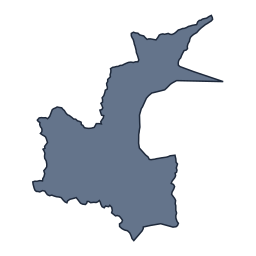 Barra Mansa, Rio de Janeiro, Brazil
{"feature_id": "56859067B22264554579489", "entity_name": "Barra Mansa", "entity_type": "district", "adm_level": 2, "iso_a3": "BRA", "parent_name": "Brazil", "parent_adm1": "Rio de Janeiro", "projection": "orthographic", "projection_center": [-44.185, -22.485], "detail": "fine", "context": "isolated", "style": "filled", "palette": "slate", "viewbox_px": 256, "rotation_deg": 0, "n_neighbors": 0, "source": "geoboundaries", "source_scale": "gbopen_adm2", "svg_char_len": 3976}
<svg xmlns="http://www.w3.org/2000/svg" viewBox="0 0 256 256"><path d="M211.3,15.4L208.9,16.6L206.5,18.2L204.8,18.5L202.4,19.1L200.9,20.2L199.3,20.4L197.7,21.9L196.6,24.6L194.7,24.9L192.1,25.4L190.2,26.0L188.5,26.4L186.4,27.6L184.3,28.4L182.6,28.5L180.4,29.4L178.3,30.0L176.3,31.9L174.3,33.5L172.0,34.5L170.0,34.3L168.2,33.4L166.3,33.9L164.6,34.3L162.9,33.9L160.8,34.3L159.2,35.1L158.3,36.7L157.2,38.4L156.0,39.9L153.3,39.4L150.6,38.9L148.6,38.9L147.1,39.4L145.5,37.9L143.7,35.9L141.5,35.4L139.6,34.8L137.9,33.2L135.3,32.9L133.5,32.2L131.3,33.4L131.3,35.8L132.1,37.7L133.2,39.5L134.0,42.3L134.4,44.4L135.1,46.2L135.6,48.3L136.1,50.2L136.4,52.7L137.4,55.2L138.1,57.5L138.8,60.0L137.9,61.8L135.5,61.8L133.4,62.5L130.9,62.1L128.5,62.4L126.2,63.3L123.8,64.4L122.2,65.3L120.1,65.4L118.2,66.4L116.4,66.5L114.4,67.1L112.7,67.3L110.5,68.7L110.9,70.4L110.8,72.2L110.1,74.8L110.4,76.8L109.2,78.0L107.7,79.4L107.7,81.6L106.6,83.4L106.8,85.4L107.4,87.1L107.2,89.1L105.3,90.2L104.8,92.7L103.8,95.7L102.1,97.8L102.6,99.8L102.5,102.2L100.9,103.3L101.9,105.3L102.8,107.9L101.8,109.6L99.9,110.1L100.8,113.0L101.6,115.2L103.7,115.6L103.3,117.8L101.7,120.2L100.7,121.8L101.4,123.9L98.9,123.6L96.3,123.6L95.3,125.5L94.2,127.4L91.3,128.2L88.6,128.4L86.7,128.2L84.4,127.7L82.9,125.4L81.4,124.6L81.1,122.2L79.5,121.4L77.4,120.8L75.7,119.2L73.6,119.0L71.7,117.3L69.3,115.5L67.5,114.8L65.8,112.9L64.3,110.5L62.9,109.3L61.7,107.8L59.1,107.4L57.1,107.0L55.6,107.9L53.8,108.6L52.3,109.6L51.5,111.6L50.8,113.5L49.7,116.4L47.6,118.7L45.7,117.7L43.3,117.8L41.4,117.6L39.2,117.9L37.3,120.1L38.3,121.5L39.9,122.5L39.7,124.6L40.5,126.8L41.6,128.2L42.0,129.9L41.8,131.8L40.4,133.5L42.5,135.0L44.0,135.8L45.5,136.9L46.3,138.7L46.8,140.3L47.5,142.5L45.9,144.7L44.6,146.4L44.9,148.4L43.0,149.2L44.1,151.1L44.9,153.2L44.5,156.2L44.7,158.3L46.2,160.9L46.8,164.2L46.7,166.9L45.4,168.8L43.8,170.7L44.7,173.6L44.0,176.5L42.8,178.6L42.5,180.9L39.7,180.6L37.0,181.3L34.8,181.2L32.8,181.9L33.1,184.3L33.6,186.1L34.1,188.0L34.9,190.1L36.3,191.4L38.0,191.5L39.8,191.9L42.6,190.6L44.8,191.1L46.4,193.4L47.4,194.7L49.6,195.7L51.8,195.1L54.0,196.0L56.4,196.7L59.0,197.0L61.2,197.6L63.3,200.2L65.0,201.9L66.9,202.8L67.7,200.8L69.9,199.3L73.9,198.3L76.2,197.6L77.9,199.7L79.4,201.7L80.6,203.2L82.5,204.1L85.4,204.5L86.7,203.2L87.2,201.5L88.8,201.5L90.6,202.7L93.8,202.3L96.1,202.5L97.8,201.8L99.3,200.5L100.3,202.1L100.9,204.3L102.1,206.7L104.2,207.8L105.5,206.1L108.7,206.7L109.8,205.3L111.7,207.3L112.3,210.5L111.6,212.8L115.5,215.9L117.2,215.5L119.4,216.2L121.2,218.4L122.5,220.2L121.7,222.4L119.5,223.9L119.6,226.5L121.6,228.4L123.5,229.5L125.1,230.2L127.4,230.7L129.7,232.8L130.5,234.4L131.3,236.3L132.0,238.5L133.8,240.6L142.1,230.9L143.2,228.7L143.3,227.0L150.7,225.4L160.7,223.7L173.0,227.1L176.1,226.7L177.5,225.5L178.4,223.3L177.1,221.6L176.5,219.9L175.9,218.1L175.8,215.7L176.6,213.0L175.8,210.4L175.8,207.7L175.8,205.7L175.2,203.7L175.6,200.4L174.6,198.4L173.2,196.5L171.6,194.3L172.1,192.0L173.7,189.1L174.6,186.6L173.5,184.5L171.2,183.4L172.1,181.1L173.6,179.2L174.8,177.6L175.6,175.7L175.1,173.1L176.5,172.3L177.0,170.1L176.3,168.0L176.8,166.3L177.5,164.0L176.1,162.3L175.8,158.8L175.4,157.1L175.0,155.2L170.1,155.8L168.1,156.7L166.2,157.2L161.2,157.9L158.5,158.4L156.5,158.7L154.7,159.2L152.9,159.4L151.0,159.7L149.3,159.4L148.0,156.9L145.6,155.0L142.3,151.3L139.4,148.1L138.6,143.3L138.7,138.0L138.7,134.6L139.1,132.3L139.4,129.8L139.9,127.1L139.7,123.0L139.5,115.0L141.3,108.6L142.4,107.0L146.4,98.2L148.6,95.7L151.8,93.0L153.6,92.6L160.8,90.8L164.7,89.8L166.8,87.9L170.3,84.3L172.5,82.8L176.6,80.6L218.2,81.5L223.2,81.6L193.8,71.7L180.0,66.6L178.4,65.3L178.2,63.1L178.6,60.8L179.4,59.3L180.7,57.8L181.5,55.6L182.7,53.1L184.1,50.6L186.1,50.1L187.5,48.7L187.3,46.3L188.0,43.7L189.4,41.3L189.8,39.1L190.5,37.3L191.8,35.9L193.6,34.4L196.7,32.6L198.9,30.1L201.3,27.8L203.1,26.4L205.5,24.5L207.5,23.4L209.4,22.1L211.2,21.0L212.6,19.4L212.3,17.5L211.3,15.4Z" fill="#64748b" stroke="#1e293b" stroke-width="1.5"/></svg>